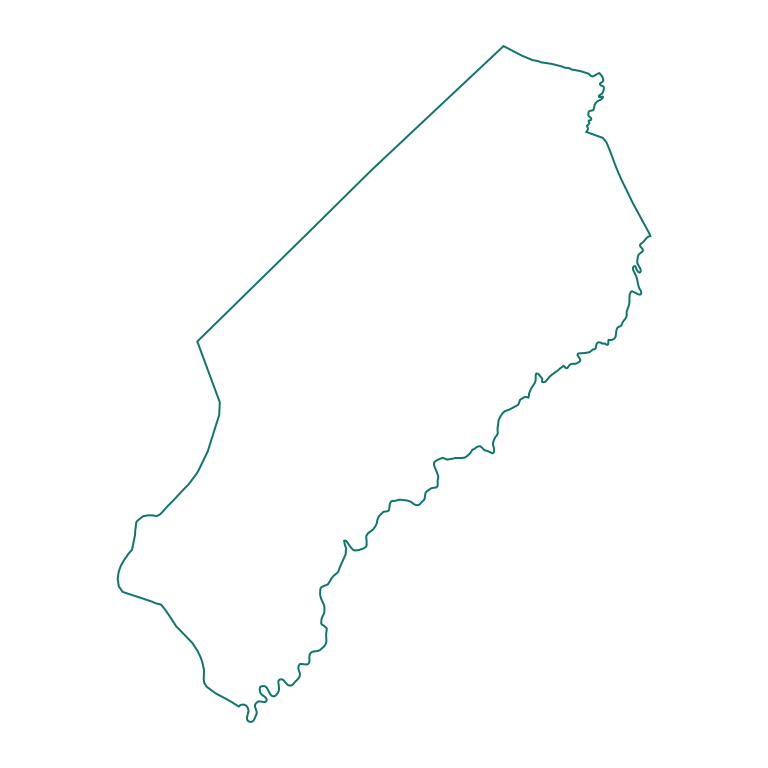 Su-Ngai Kolok, Narathiwat, Thailand (Natural Earth projection)
{"feature_id": "78962969B19527388455587", "entity_name": "Su-Ngai Kolok", "entity_type": "district", "adm_level": 2, "iso_a3": "THA", "parent_name": "Thailand", "parent_adm1": "Narathiwat", "projection": "natural_earth1", "projection_center": [102.011, 6.069], "detail": "fine", "context": "isolated", "style": "outline", "palette": "teal", "viewbox_px": 768, "rotation_deg": 0, "n_neighbors": 0, "source": "geoboundaries", "source_scale": "gbopen_adm2", "svg_char_len": 6080}
<svg xmlns="http://www.w3.org/2000/svg" viewBox="0 0 768 768"><path d="M650.3,236.1L649.4,233.6L632.5,202.5L627.3,191.6L623.4,183.8L618.5,173.2L614.5,163.1L610.5,152.2L606.6,142.6L602.8,137.9L586.3,132.0L587.4,130.6L588.0,129.0L587.9,128.0L587.1,126.4L587.1,125.6L588.7,124.3L589.3,123.3L589.3,122.7L588.6,121.6L588.6,121.0L589.0,120.5L590.7,120.2L591.2,119.4L591.2,118.7L590.9,117.9L588.9,116.1L588.3,115.3L588.4,113.5L588.7,111.8L589.9,110.9L592.5,110.4L593.3,110.0L593.8,108.8L594.6,105.0L595.6,103.1L597.2,101.5L601.3,99.3L602.5,98.2L602.9,97.4L602.9,96.9L602.5,96.6L599.6,97.2L599.1,97.0L598.9,96.4L598.9,96.0L599.4,95.3L601.6,93.9L602.4,93.1L603.1,91.7L603.8,89.4L603.9,88.0L603.6,86.7L603.1,86.3L600.8,85.4L600.2,84.8L600.0,84.2L600.1,83.6L600.5,83.1L602.6,81.6L603.2,80.8L603.3,80.2L603.2,79.2L602.3,76.7L599.5,73.2L598.5,73.3L593.6,76.2L592.9,76.4L591.9,76.3L590.8,75.8L588.4,73.6L582.3,71.7L579.5,70.9L571.6,69.5L568.4,67.9L565.6,67.9L561.6,66.4L554.1,64.5L551.1,63.8L541.0,62.3L538.5,61.2L532.5,60.1L522.0,55.7L503.5,46.1L371.5,170.1L302.2,238.6L197.3,341.5L219.8,402.3L219.2,414.9L207.8,451.2L198.5,470.5L195.6,475.1L188.6,484.3L181.5,491.6L174.3,499.4L167.4,506.4L161.6,512.9L159.4,514.8L156.5,516.1L152.2,515.3L147.6,515.4L143.2,516.2L138.9,519.5L136.4,521.9L135.2,531.2L135.1,534.7L132.0,549.8L128.7,553.5L124.1,560.0L120.7,566.0L118.6,572.2L117.7,579.0L118.8,586.4L122.7,591.9L152.2,601.7L155.1,603.1L161.2,604.7L165.6,610.3L170.5,617.5L176.1,626.2L192.3,642.9L197.3,650.5L200.7,657.5L202.5,662.8L204.0,670.1L203.7,679.2L204.1,682.6L206.6,686.7L215.4,693.2L228.9,700.4L238.8,706.5L240.4,705.1L241.5,704.7L243.8,704.6L245.5,705.2L246.9,706.5L247.7,707.8L248.4,709.8L248.4,711.8L247.0,717.3L247.0,718.9L247.4,720.1L248.3,721.2L250.0,721.9L251.7,721.8L252.6,721.4L253.5,720.5L254.2,719.4L256.6,713.9L256.7,712.4L256.5,711.1L254.9,706.4L255.1,704.7L255.9,703.4L257.3,702.1L258.8,701.4L259.8,701.3L263.7,702.1L265.0,702.0L265.5,701.8L266.2,701.2L266.7,700.1L266.6,699.1L265.9,697.9L264.4,696.5L261.9,694.8L260.7,693.4L260.1,692.1L259.7,689.4L259.9,687.8L260.3,686.9L261.0,686.5L263.0,686.0L264.7,686.2L265.6,686.7L266.7,687.7L267.5,689.0L269.8,693.5L270.6,694.7L272.2,696.1L274.0,696.3L275.2,695.9L276.4,694.8L277.9,692.8L278.6,691.3L279.0,689.3L278.9,686.5L278.3,682.2L278.5,680.9L279.2,679.9L280.3,679.4L282.3,679.4L283.7,680.4L286.6,683.8L288.0,685.0L289.9,685.6L291.3,685.5L292.1,685.2L292.7,684.7L295.0,681.9L297.4,679.6L298.9,677.8L299.6,676.4L299.9,674.9L299.9,673.2L298.6,669.7L298.3,667.7L298.5,666.6L299.4,664.5L299.9,664.1L301.0,663.9L306.3,664.5L307.4,664.4L308.0,664.1L308.6,663.4L309.3,661.9L309.5,660.1L309.3,656.9L309.8,654.4L310.6,653.2L311.3,652.4L312.6,651.7L318.1,650.9L319.9,650.1L324.1,646.4L325.6,644.3L326.0,643.3L326.4,641.3L326.1,634.1L326.8,628.8L326.3,627.9L324.0,625.8L321.9,624.6L321.2,623.5L321.4,620.3L321.7,618.4L322.7,616.1L324.2,613.3L324.5,607.9L324.0,604.9L321.9,600.6L321.0,598.3L320.3,595.8L320.1,594.0L320.3,589.3L321.0,587.7L321.7,587.0L323.2,586.2L327.0,584.8L327.9,584.2L330.2,580.8L331.6,578.3L333.7,575.7L337.1,573.0L338.3,571.7L339.9,567.1L345.7,554.2L346.0,548.0L344.8,544.5L344.1,540.9L345.1,540.5L346.2,540.9L350.6,547.1L352.7,549.5L353.7,550.1L355.2,550.5L359.1,550.0L363.8,548.3L366.0,546.7L366.6,545.6L366.6,540.7L366.2,537.3L366.4,536.0L367.0,534.7L368.5,532.8L372.8,529.8L373.6,528.8L375.6,525.9L376.6,523.7L377.4,519.9L378.2,517.9L379.2,516.0L383.4,511.8L387.2,511.3L388.7,510.6L389.0,510.0L389.2,509.0L389.9,503.8L390.2,503.1L391.2,501.4L392.0,501.0L395.0,500.8L399.6,499.7L404.1,500.1L407.1,500.5L410.5,501.6L414.5,504.5L416.2,505.1L418.1,505.1L419.7,504.4L421.2,502.6L423.8,500.1L424.5,499.1L424.7,498.6L424.9,496.2L425.6,492.9L426.5,491.6L430.3,488.8L432.2,488.0L436.4,487.4L437.6,486.2L437.7,484.2L437.6,480.8L438.2,477.7L438.2,476.1L438.0,475.2L434.4,466.4L434.0,464.7L434.2,462.4L435.1,461.4L436.7,460.4L438.7,459.3L442.7,457.8L447.2,459.6L452.6,458.7L455.1,458.0L460.8,458.0L463.5,457.8L465.0,457.5L466.9,456.2L470.1,453.4L472.5,449.6L474.1,449.1L476.8,447.0L479.1,446.2L480.0,446.3L480.8,446.7L482.1,447.8L483.9,449.7L484.8,450.3L487.6,451.0L492.2,453.3L493.0,453.1L493.8,452.3L494.1,449.5L493.9,447.9L493.0,444.6L493.0,442.8L494.3,439.1L495.4,437.1L496.5,435.9L497.8,433.4L497.6,430.3L497.6,427.3L498.0,425.7L498.4,421.4L498.8,419.6L500.5,416.4L501.8,414.3L503.3,412.5L505.0,411.1L508.9,409.8L516.7,405.7L518.1,404.7L518.9,403.3L519.9,400.1L520.3,399.7L524.4,397.1L526.2,397.0L528.4,397.6L528.9,395.8L529.1,393.4L529.4,392.6L531.2,388.5L534.6,383.2L535.5,381.0L535.7,378.5L535.7,374.8L536.3,373.6L537.6,373.6L538.6,374.2L542.1,378.5L542.3,378.9L542.0,380.7L542.1,381.8L543.3,382.2L544.6,382.1L545.7,381.4L549.6,376.7L551.8,374.8L554.5,372.8L557.4,370.9L560.0,368.5L563.5,365.9L564.1,366.1L565.6,367.9L566.9,368.2L567.7,367.7L569.4,365.2L570.9,364.1L572.6,363.8L575.4,363.8L576.9,363.3L579.0,362.1L580.1,361.0L580.3,359.5L577.7,355.5L577.6,354.3L578.0,353.7L579.0,353.4L584.8,353.0L588.0,352.5L589.9,352.0L593.0,349.4L594.6,349.2L595.2,348.8L595.8,347.7L596.1,345.9L596.8,343.6L597.4,342.9L598.3,342.3L599.8,342.3L601.5,343.2L602.5,343.6L604.7,343.5L606.5,344.7L607.5,344.8L607.9,344.5L608.1,344.1L608.6,339.9L611.4,340.1L613.1,339.4L614.1,338.8L614.9,337.8L615.6,336.6L616.5,330.0L617.3,328.0L618.1,327.2L620.7,326.0L621.3,325.5L622.8,321.9L625.7,318.3L626.4,316.9L626.7,315.4L626.6,312.0L626.8,311.0L628.9,305.3L629.3,303.5L629.5,301.3L629.4,298.0L629.7,294.5L630.9,291.9L631.5,291.4L632.3,291.3L638.6,294.4L639.4,294.6L640.4,294.5L641.0,293.9L641.2,293.3L641.2,291.7L640.8,290.8L639.3,288.4L638.3,285.4L637.0,279.0L636.2,276.3L633.3,270.2L632.9,268.9L633.0,267.8L633.4,266.8L633.8,266.4L634.3,266.2L635.0,266.2L635.6,266.6L636.6,269.7L638.0,271.7L638.5,272.2L639.3,272.5L640.0,272.3L640.5,271.7L640.7,270.7L640.6,269.2L639.9,267.8L637.8,264.2L637.3,262.8L637.2,261.1L637.9,256.5L638.6,254.7L639.3,253.9L642.6,251.4L642.8,250.8L642.9,250.1L642.6,249.1L640.3,246.5L640.0,245.7L640.1,245.0L640.4,244.2L643.6,241.6L646.7,237.8L648.4,236.7L650.3,236.1Z" fill="none" stroke="#0f766e" stroke-width="2"/></svg>